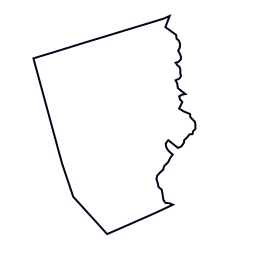 Trizidela do Vale, Maranhão, Brazil (orthographic projection), rotated 344°
{"feature_id": "56859067B97316284417201", "entity_name": "Trizidela do Vale", "entity_type": "district", "adm_level": 2, "iso_a3": "BRA", "parent_name": "Brazil", "parent_adm1": "Maranhão", "projection": "orthographic", "projection_center": [-44.635, -4.551], "detail": "fine", "context": "isolated", "style": "outline", "palette": "ink", "viewbox_px": 256, "rotation_deg": 344, "n_neighbors": 0, "source": "geoboundaries", "source_scale": "gbopen_adm2", "svg_char_len": 1100}
<svg xmlns="http://www.w3.org/2000/svg" viewBox="0 0 256 256"><g transform="rotate(344 128 128)"><path d="M78.7,224.2L84.2,223.5L87.4,223.1L131.5,217.1L150.0,214.1L146.7,211.6L143.3,210.3L142.2,206.8L142.9,201.6L143.4,196.6L141.1,193.2L141.4,189.1L141.3,184.9L142.9,181.9L147.1,179.3L150.3,177.8L152.3,174.6L157.1,172.0L160.4,168.4L163.7,165.8L162.0,163.5L160.3,160.2L159.5,157.2L159.9,153.4L163.4,150.8L170.5,160.9L174.2,160.4L177.5,157.8L178.8,155.1L182.1,153.4L185.3,151.1L188.3,151.6L189.8,149.0L192.6,147.4L193.7,143.4L194.0,140.4L192.3,137.3L190.9,134.7L191.5,131.7L185.8,127.1L182.5,123.3L184.8,120.9L187.4,118.0L186.0,115.1L185.9,111.7L188.9,110.9L192.6,111.2L189.2,106.7L186.9,103.2L187.6,98.9L186.9,95.3L191.0,94.7L193.3,92.7L193.3,89.9L194.2,87.1L194.5,83.8L192.8,81.4L191.8,78.4L194.6,78.4L197.8,76.5L198.6,73.8L198.3,70.7L197.5,67.6L199.9,65.1L201.2,61.9L201.0,58.1L199.3,55.6L199.9,51.7L196.9,47.9L194.0,44.2L191.8,41.3L198.9,31.8L192.4,32.7L130.3,33.7L108.2,34.0L76.7,34.7L67.5,34.8L56.3,35.0L54.8,143.6L56.4,179.0L78.7,224.2Z" fill="none" stroke="#020617" stroke-width="2"/></g></svg>